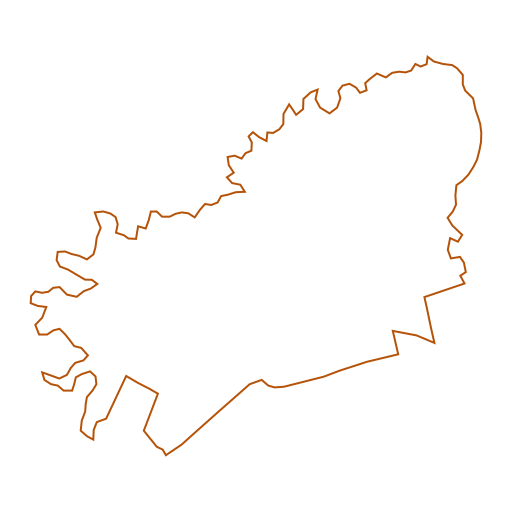 the district of Anchieta, Santa Catarina, Brazil
{"feature_id": "56859067B17921911489726", "entity_name": "Anchieta", "entity_type": "district", "adm_level": 2, "iso_a3": "BRA", "parent_name": "Brazil", "parent_adm1": "Santa Catarina", "projection": "robinson", "projection_center": [-53.357, -26.532], "detail": "fine", "context": "isolated", "style": "outline", "palette": "amber", "viewbox_px": 512, "rotation_deg": 0, "n_neighbors": 0, "source": "geoboundaries", "source_scale": "gbopen_adm2", "svg_char_len": 2547}
<svg xmlns="http://www.w3.org/2000/svg" viewBox="0 0 512 512"><path d="M464.5,283.5L460.3,275.7L465.8,272.1L463.9,262.6L460.0,256.9L450.9,258.4L447.8,249.8L450.1,238.1L457.9,241.7L462.2,234.9L456.7,229.6L452.4,225.6L447.6,217.8L452.8,211.5L456.0,204.7L455.4,195.4L456.4,185.2L462.2,181.1L468.2,174.9L473.1,167.4L477.1,159.5L479.5,150.0L481.0,142.1L481.3,132.9L480.2,123.9L478.0,116.9L475.6,110.1L473.1,98.4L465.2,90.6L462.8,84.5L462.8,74.9L457.1,68.3L452.2,65.1L443.1,64.0L433.9,61.5L427.6,56.8L426.6,64.2L420.6,66.5L415.4,64.0L411.1,70.6L405.5,72.4L399.2,71.7L392.2,72.8L385.8,77.4L376.9,73.5L369.9,78.9L365.2,83.1L366.6,90.3L360.0,92.8L356.1,87.6L349.5,83.8L342.5,85.6L338.4,91.0L340.4,98.3L337.1,107.6L329.5,113.4L320.1,107.6L315.5,99.1L317.6,89.6L310.6,92.4L303.4,99.0L303.1,109.1L296.1,114.8L292.6,109.4L289.1,104.4L283.5,114.0L283.3,124.1L279.3,129.3L273.2,132.9L267.4,132.5L266.5,141.0L259.2,137.2L252.9,132.2L248.6,136.4L251.8,142.5L251.4,150.7L245.5,153.2L241.6,158.6L234.6,155.7L227.6,157.0L228.8,165.2L233.7,172.7L226.9,177.3L232.1,183.1L240.3,184.7L244.8,191.8L235.8,192.2L227.9,194.7L221.1,196.1L217.6,202.5L211.2,205.0L205.0,204.0L199.9,209.9L194.7,217.4L188.3,213.3L181.9,212.4L175.5,213.8L169.7,216.7L162.1,216.7L156.7,211.5L150.9,211.5L148.7,220.3L145.7,228.5L138.1,226.3L136.0,238.9L128.4,238.5L123.8,235.2L116.0,232.7L117.7,224.2L115.6,217.1L110.4,213.5L103.4,211.5L94.8,212.4L97.1,219.2L100.7,227.8L96.7,237.8L95.4,247.6L93.4,254.4L86.9,259.4L79.1,255.8L71.5,254.0L65.1,251.5L57.7,251.9L56.6,260.1L59.9,266.5L68.1,269.6L76.4,274.6L84.9,279.6L91.8,279.8L97.3,283.9L90.7,288.6L83.9,291.1L76.7,296.8L66.9,294.6L59.6,287.1L53.2,287.8L48.3,291.8L42.0,292.8L35.3,291.4L31.1,296.1L30.7,303.2L37.7,305.9L46.3,307.0L42.2,317.7L35.3,324.9L39.1,334.5L47.2,334.5L53.3,330.4L59.5,328.8L65.1,334.3L69.4,339.7L74.2,346.1L81.2,347.9L87.9,355.4L83.4,360.4L75.2,362.9L70.9,367.8L66.9,374.9L59.3,378.5L50.4,375.3L42.2,372.4L44.4,379.9L51.1,384.2L57.8,385.6L63.6,390.6L72.1,390.6L74.2,384.2L75.8,377.4L81.6,374.2L90.0,371.4L95.5,376.4L96.4,384.2L92.5,390.6L86.9,397.1L85.7,404.1L85.2,411.6L81.8,420.5L80.7,430.7L87.3,436.4L93.3,439.6L93.7,430.0L96.8,422.1L106.1,418.7L126.2,376.0L137.8,382.8L149.6,388.9L157.9,393.7L143.8,430.7L156.8,446.8L162.7,449.6L165.9,455.2L181.6,444.6L195.3,432.3L218.2,411.9L249.7,384.2L261.7,379.9L268.3,385.6L274.7,387.4L284.1,386.7L323.7,376.7L339.8,370.6L366.9,361.8L398.2,354.3L392.8,330.9L416.5,335.4L434.4,342.9L431.1,328.4L426.6,306.8L424.4,297.1L464.5,283.5Z" fill="none" stroke="#b45309" stroke-width="2"/></svg>